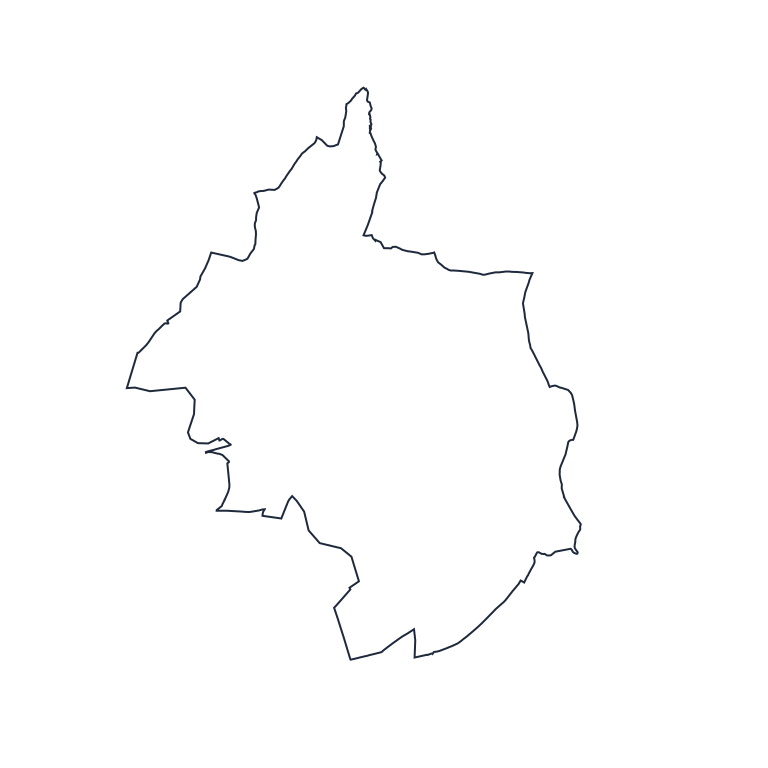 outline of Ciugud, Alba, Romania, rotated 291°
{"feature_id": "2599482B73619995262158", "entity_name": "Ciugud", "entity_type": "district", "adm_level": 2, "iso_a3": "ROU", "parent_name": "Romania", "parent_adm1": "Alba", "projection": "robinson", "projection_center": [23.641, 46.062], "detail": "fine", "context": "isolated", "style": "outline", "palette": "slate", "viewbox_px": 768, "rotation_deg": 291, "n_neighbors": 0, "source": "geoboundaries", "source_scale": "gbopen_adm2", "svg_char_len": 6130}
<svg xmlns="http://www.w3.org/2000/svg" viewBox="0 0 768 768"><g transform="rotate(291 384 384)"><path d="M442.4,541.9L441.6,540.8L440.6,539.8L442.6,537.8L443.7,537.0L445.7,535.2L446.9,533.8L452.5,527.6L455.3,524.9L456.9,522.9L467.8,510.9L470.3,507.8L473.0,506.3L475.5,504.4L477.8,503.1L483.2,500.5L496.9,491.6L500.2,490.0L509.1,484.8L512.5,484.3L514.8,484.0L520.5,483.0L530.5,482.8L533.4,482.5L540.7,482.8L539.7,480.5L538.6,476.8L538.1,474.3L536.2,467.9L534.4,462.8L534.1,461.3L532.7,457.5L529.6,451.7L528.1,447.9L524.7,442.5L522.2,439.0L521.4,437.1L521.3,434.3L519.1,422.8L516.4,413.1L514.7,407.7L513.9,405.9L513.7,403.6L514.1,401.3L514.4,398.5L515.8,394.9L517.0,390.9L519.0,388.5L520.6,387.1L522.1,386.1L524.8,383.7L523.8,382.6L522.7,380.7L521.6,379.1L519.4,375.0L518.5,372.6L518.7,368.8L517.2,361.6L516.4,358.3L515.8,353.0L516.2,349.9L516.3,346.9L516.4,345.9L515.1,343.1L514.7,342.8L513.0,341.8L512.4,339.6L510.8,335.3L515.3,329.9L515.3,326.8L515.5,324.6L514.6,324.6L516.2,321.3L518.6,319.2L516.7,315.8L515.8,313.9L515.5,311.6L526.7,311.9L540.3,311.5L540.8,311.0L547.3,310.3L555.0,309.8L560.2,308.7L569.2,308.8L572.7,310.0L577.1,311.1L578.7,309.6L578.9,309.0L579.6,306.7L580.9,304.5L581.7,303.6L582.5,303.3L585.7,302.7L588.1,302.1L589.7,301.6L590.1,300.8L591.6,301.6L591.8,301.7L595.4,297.3L596.6,295.9L596.0,295.2L597.1,295.1L599.2,292.5L600.6,291.7L601.9,291.7L602.8,291.3L605.4,289.3L607.8,286.6L611.3,283.1L613.2,281.6L613.2,280.8L616.3,279.9L616.6,280.4L618.1,280.3L618.4,279.9L617.6,279.3L617.8,279.0L618.6,279.0L619.9,278.2L620.2,278.4L619.5,279.5L621.0,279.0L621.6,279.3L622.2,279.0L623.6,277.6L626.1,276.7L626.2,276.3L626.8,275.8L628.2,275.7L630.7,274.0L630.5,273.4L632.3,272.9L635.2,273.9L636.8,273.7L639.3,271.5L641.7,269.9L641.8,267.5L642.9,266.4L649.7,264.9L651.1,264.1L652.8,261.8L652.0,261.8L652.1,261.0L653.3,258.8L651.5,257.3L646.6,255.4L645.2,253.8L642.8,253.5L638.8,252.0L636.7,251.6L633.5,250.0L631.7,248.6L630.2,249.2L628.7,249.3L627.5,249.8L625.2,251.0L619.1,252.3L616.0,252.3L614.8,252.4L610.2,254.1L591.2,255.2L587.9,251.5L586.4,248.3L586.1,245.6L589.4,238.5L590.3,232.8L587.8,233.3L585.8,233.2L583.9,232.8L577.0,228.7L573.4,227.1L569.8,224.9L566.6,224.1L562.9,222.9L560.8,222.5L557.0,221.5L551.9,220.7L549.1,219.8L542.6,218.2L540.7,218.0L537.9,217.1L533.7,216.1L531.8,215.8L529.5,215.2L528.5,214.5L526.0,212.3L524.2,206.7L521.1,202.4L520.0,199.8L518.6,197.5L517.8,196.9L515.9,194.5L515.5,194.7L515.3,195.2L514.3,196.5L511.7,198.7L504.1,204.1L498.0,203.9L494.0,204.8L490.9,205.9L488.1,205.8L485.7,206.5L483.5,207.7L481.1,209.4L478.0,210.8L472.8,212.3L468.3,213.8L467.3,213.5L463.6,214.1L462.5,213.9L460.3,213.2L458.0,212.5L454.4,212.0L452.4,211.7L451.5,211.2L450.6,210.3L448.2,207.8L447.5,203.8L447.6,200.0L447.6,195.3L447.5,193.7L444.8,175.6L436.6,175.9L427.7,175.5L418.6,174.1L415.6,174.8L407.6,174.3L391.1,165.7L387.2,165.0L378.7,167.7L365.6,158.9L363.4,160.9L362.9,160.6L362.5,158.7L361.9,157.5L358.7,155.9L354.0,153.8L352.3,152.8L349.2,151.6L345.2,150.7L339.3,149.4L335.3,148.2L325.7,143.9L325.1,143.5L324.8,142.7L309.9,143.8L288.0,145.4L291.4,152.8L293.4,168.1L309.4,200.0L301.5,212.9L294.7,215.1L287.9,217.4L268.6,218.3L263.4,222.9L262.1,231.5L265.5,241.2L274.2,249.0L272.3,250.6L273.1,251.5L274.0,252.1L275.0,253.2L275.2,253.8L272.7,261.3L272.6,262.3L272.4,262.6L271.2,261.6L270.1,260.3L263.6,251.4L261.0,248.0L259.3,245.5L256.7,242.1L256.0,242.5L257.5,244.3L258.8,248.1L259.0,250.8L259.4,253.7L259.8,255.3L259.8,258.7L258.8,261.0L256.3,266.8L256.0,267.1L255.6,267.2L254.6,266.7L253.7,266.2L241.0,272.6L234.3,275.9L231.7,276.7L231.2,276.8L227.4,277.2L221.2,276.9L218.7,276.6L218.7,276.8L214.3,276.3L212.0,276.3L206.4,273.0L205.7,273.2L209.4,282.8L213.5,295.6L215.1,301.0L216.3,304.3L218.0,307.3L221.2,312.7L223.2,315.3L224.3,317.5L224.0,317.5L222.9,317.2L222.3,317.1L220.9,317.0L219.2,317.3L218.3,317.5L218.1,317.6L217.4,317.8L217.5,318.3L221.6,336.1L221.6,336.3L226.1,336.4L226.8,336.4L228.0,336.4L228.6,336.4L229.4,336.4L233.2,336.5L234.4,336.5L234.6,336.5L240.2,336.6L242.3,337.0L246.4,338.4L243.7,344.3L236.2,355.2L220.3,366.1L212.4,381.0L214.7,398.4L215.3,402.7L211.1,415.5L190.8,431.3L181.4,424.8L180.1,426.2L168.7,422.0L160.1,418.8L157.2,417.6L153.1,421.0L149.5,424.0L134.2,436.2L133.9,436.5L115.2,451.0L114.9,451.3L114.7,451.7L118.3,457.0L121.6,461.7L124.5,466.1L125.2,466.9L127.9,470.8L132.5,477.4L133.5,478.2L134.0,478.4L134.9,478.8L139.5,481.6L145.1,485.1L152.8,490.2L155.0,491.7L159.6,495.4L165.8,499.9L156.0,505.0L139.6,510.6L146.7,521.3L146.6,521.6L147.3,522.6L149.1,524.6L149.8,525.8L149.6,526.1L150.7,526.3L151.7,526.7L152.6,528.3L153.6,530.0L154.7,531.5L156.7,533.7L159.6,537.0L161.9,539.4L163.9,541.6L166.0,543.6L167.3,544.9L168.4,545.9L170.8,547.5L173.4,549.0L174.3,549.5L177.6,551.6L178.9,552.3L184.2,555.2L187.4,556.9L191.4,559.0L195.3,560.9L199.4,562.7L204.6,565.0L206.3,565.7L209.0,566.9L214.0,569.0L216.3,570.2L218.2,571.2L221.3,572.8L223.1,573.8L224.5,574.4L226.0,575.0L227.0,575.3L231.9,576.8L237.2,578.4L237.9,578.7L243.2,580.5L245.3,581.3L249.5,582.0L248.9,586.0L254.8,586.5L256.3,586.7L256.8,587.0L259.1,587.1L263.1,587.6L263.9,587.7L267.5,588.3L269.8,588.5L271.5,588.5L273.4,587.7L275.7,586.3L276.1,586.6L277.3,586.8L281.0,587.2L281.9,587.5L282.4,589.0L281.9,591.9L282.3,593.1L282.5,594.1L283.0,594.9L282.4,597.4L282.8,599.0L283.9,601.2L288.8,604.0L292.9,610.6L297.0,617.2L296.9,617.9L296.6,618.6L295.0,620.4L294.5,621.7L294.4,623.3L294.5,624.7L294.8,625.2L295.0,625.3L295.9,625.3L296.5,624.9L297.0,624.1L298.2,622.2L299.3,620.9L300.5,620.2L301.7,619.8L305.3,619.1L307.7,618.3L309.9,618.2L313.3,618.4L315.7,618.7L318.2,619.3L319.4,619.0L321.1,618.2L322.4,618.0L322.9,618.1L323.1,618.1L323.8,617.8L326.6,613.2L329.3,609.0L334.0,603.2L342.7,592.7L342.9,592.9L350.2,587.3L354.0,586.0L357.3,583.4L362.2,580.5L367.3,578.7L370.6,578.4L383.3,578.7L391.4,577.6L395.5,576.9L396.6,577.0L397.9,577.8L399.2,579.4L399.7,580.7L408.7,580.5L411.9,580.1L414.8,579.4L417.8,577.9L427.4,572.0L434.0,568.4L434.8,567.8L436.8,566.5L441.1,563.5L442.7,561.5L444.4,558.0L444.0,550.4L443.7,549.9L444.0,545.6L443.8,544.1L442.4,541.9Z" fill="none" stroke="#1e293b" stroke-width="2"/></g></svg>